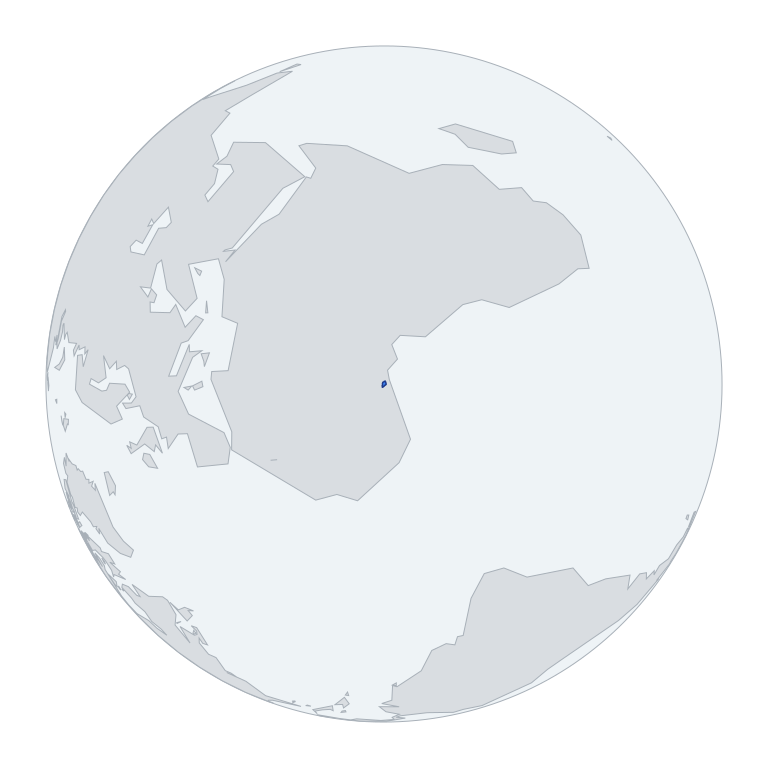 the Earth from above Zou, rotated 260°
{"feature_id": "BEN-2178", "entity_name": "Zou", "entity_type": "Department", "adm_level": 1, "iso_a3": "BEN", "parent_name": "Benin", "parent_adm1": "", "projection": "orthographic", "projection_center": [2.113, 7.272], "detail": "fine", "context": "on_globe", "style": "filled", "palette": "blue", "viewbox_px": 768, "rotation_deg": 260, "n_neighbors": 0, "source": "natural_earth", "source_scale": "10m", "svg_char_len": 8975}
<svg xmlns="http://www.w3.org/2000/svg" viewBox="0 0 768 768"><g transform="rotate(260 384 384)"><circle cx="384" cy="384" r="338" fill="#eef3f6" stroke="#a8b0b8"/><path d="M266.7,67.1L259.1,70.2L262.4,69.3L254.9,72.4L264.0,69.2L270.2,66.7L276.3,64.7L278.8,64.2L269.7,67.7L267.1,68.4L265.8,69.3L260.1,71.4L264.4,70.2L253.0,75.1L267.9,69.9L261.9,73.6L253.4,77.1L249.7,77.1L220.7,88.8L210.9,94.2L200.9,100.8L191.8,111.3L183.0,117.9L174.3,126.5L181.3,122.0L190.5,114.0L201.3,109.0L211.3,100.9L217.2,98.1L229.3,90.5L232.3,91.6L228.8,97.1L218.8,103.8L217.0,106.9L230.4,101.1L215.8,115.4L212.9,129.0L208.5,133.3L192.9,139.1L182.9,136.4L162.6,148.0L180.6,141.0L169.5,153.7L169.8,156.4L173.2,156.6L179.4,152.2L176.6,157.2L157.7,164.9L160.0,160.5L165.9,157.8L161.1,157.1L148.3,164.3L143.7,171.1L129.3,177.9L125.8,183.2L120.7,188.3L127.2,179.0L115.2,196.4L97.6,213.3L80.9,246.3L91.9,219.4L92.6,215.3L92.0,214.5L89.0,219.7L90.7,216.2L104.5,194.0L120.0,173.0L137.2,153.2L155.7,134.8L175.7,117.9L196.9,102.6L219.2,89.0L242.5,77.1L266.7,67.1ZM67.6,265.3L68.8,262.2L69.7,261.5L59.0,291.5L59.0,298.9L53.2,322.4L51.9,335.8L54.3,334.1L56.1,341.8L60.9,329.0L67.0,323.4L63.5,342.9L69.7,326.3L71.2,336.8L85.6,340.1L83.6,344.2L95.1,370.9L113.3,384.8L117.5,400.1L114.8,408.5L122.4,412.5L122.6,418.3L157.8,432.5L179.9,449.8L182.0,470.1L169.0,491.3L170.0,538.2L150.0,550.1L153.6,568.5L153.1,593.1L139.8,588.5L152.6,602.9L152.6,609.7L146.5,608.5L153.2,617.7L149.1,616.7L157.4,623.8L162.5,633.8L174.7,644.3L181.5,652.2L189.7,658.2L187.9,657.5L189.1,658.9L193.2,661.9L182.4,654.9L166.0,641.7L159.9,635.9L157.3,634.0L143.1,618.2L144.6,620.9L123.0,594.9L110.4,573.9L81.1,509.6L74.6,495.6L64.1,477.3L50.3,424.7L49.8,405.6L48.6,395.4L52.8,369.5L54.4,342.6L53.7,338.1L51.3,347.0L51.4,327.8L55.1,307.2L56.4,301.1L67.6,265.3ZM75.7,257.4L76.1,277.3L71.1,277.2L72.9,274.6L73.8,267.0L73.9,259.2L70.9,261.0L75.7,257.4ZM86.4,240.7L86.0,238.8L87.1,239.3L86.4,240.7ZM226.8,90.6L228.0,90.6L225.1,92.0L226.8,90.6ZM230.9,87.6L226.7,89.3L228.1,88.1L230.6,87.1L230.9,87.6ZM235.8,86.0L231.0,86.0L233.4,84.1L245.2,79.0L235.8,86.0ZM271.1,66.1L264.6,68.8L267.7,67.1L271.1,66.1ZM295.3,57.9L292.2,58.8L284.2,61.2L292.2,58.9L271.6,65.7L271.9,65.2L295.3,57.9ZM278.9,63.8L278.1,63.7L287.5,60.6L290.8,60.2L286.7,61.3L278.9,63.8ZM285.9,61.8L292.2,60.2L290.1,61.5L280.4,63.7L285.9,61.8ZM288.5,60.0L293.1,58.7L291.6,59.2L288.5,60.0ZM286.3,66.3L285.1,65.6L289.8,63.8L286.3,66.3ZM294.8,59.6L295.5,59.2L297.2,58.6L300.9,58.0L294.8,59.6ZM310.1,54.3L313.9,53.5L305.0,55.6L310.8,54.3L312.3,54.1L303.3,56.2L303.9,55.7L304.9,55.5L308.6,54.6L310.1,54.3ZM309.8,55.7L300.0,59.1L301.2,60.4L297.0,61.9L295.9,59.6L309.8,55.7ZM306.8,55.7L307.7,56.0L302.0,57.3L297.9,58.1L306.8,55.7ZM318.6,52.5L320.3,52.2L317.0,52.8L318.6,52.5ZM311.3,55.7L313.6,55.0L312.0,55.6L311.3,55.7ZM318.8,52.8L316.8,53.0L319.3,52.5L318.8,52.8ZM319.9,53.6L316.8,54.5L313.8,54.8L319.9,53.6ZM320.3,53.0L324.2,52.2L314.7,54.4L319.0,53.1L320.3,53.0ZM321.5,52.3L322.3,52.0L322.0,52.3L321.5,52.3ZM332.8,52.2L321.5,54.9L315.1,55.4L326.9,52.6L332.8,52.2ZM204.4,668.8L185.3,657.0L194.2,662.7L190.4,659.0L204.0,667.2L204.4,668.8ZM197.5,659.5L199.0,658.0L202.3,659.9L202.0,661.4L197.5,659.5ZM708.5,289.8L704.8,277.7L695.6,254.8L697.2,264.7L702.1,300.6L708.8,332.7L707.9,348.2L691.9,304.8L680.7,275.2L677.5,279.3L658.9,256.9L634.2,260.4L628.4,253.2L624.3,257.8L610.8,251.9L601.2,240.4L594.1,242.3L619.3,272.8L626.7,271.1L629.7,257.4L635.6,268.9L648.2,277.9L642.3,309.2L601.9,342.0L594.3,318.4L544.3,258.2L543.7,251.0L543.4,250.2L542.5,248.9L541.8,260.6L531.9,249.2L562.6,291.0L569.4,310.1L601.4,343.5L599.3,347.6L608.5,354.3L633.4,341.6L634.4,349.7L624.9,389.2L587.1,445.3L590.0,479.6L583.8,509.4L555.7,531.3L553.5,553.6L538.3,562.7L534.3,575.4L519.5,589.7L496.5,603.7L462.3,606.1L463.8,594.9L452.2,573.7L437.6,520.6L450.0,494.9L448.5,475.4L423.3,433.0L429.1,408.4L421.5,398.5L406.2,401.6L397.0,389.9L387.4,390.0L325.0,400.5L303.9,385.2L273.6,337.7L283.4,318.4L281.5,296.6L345.6,222.5L363.4,225.8L418.6,214.4L426.2,216.5L424.2,232.8L469.2,250.4L478.4,236.1L514.8,244.8L536.1,242.7L535.8,212.3L500.8,214.8L490.4,201.1L514.8,186.7L544.7,186.5L541.6,181.2L519.0,170.8L522.0,161.0L510.7,166.6L518.1,171.5L511.2,175.6L504.0,171.6L505.4,167.9L495.3,166.3L491.4,185.6L498.5,192.7L474.4,198.0L483.9,210.6L478.7,217.3L460.7,198.6L459.5,191.4L429.1,173.3L428.1,181.0L456.8,199.1L449.5,198.0L448.4,210.4L443.5,200.2L412.5,180.0L388.3,186.3L363.9,218.0L348.3,221.6L332.4,216.5L334.7,185.9L369.2,181.8L370.5,172.5L357.9,160.3L369.5,160.6L368.6,155.6L381.1,154.2L393.2,141.6L405.0,139.7L404.6,125.6L410.6,123.2L409.1,131.9L414.5,137.6L443.3,135.1L447.3,131.8L444.7,123.3L452.9,124.4L446.7,116.5L460.7,112.7L438.4,111.4L434.7,103.0L440.2,96.5L435.0,93.9L426.0,104.9L426.0,109.7L432.4,113.9L428.8,128.9L420.1,132.1L408.6,116.8L394.9,120.2L392.0,108.2L418.2,83.5L431.9,79.1L465.4,87.2L465.3,91.8L453.2,90.8L469.2,98.6L465.6,94.6L472.5,96.0L470.7,89.7L475.4,90.5L465.5,83.7L471.2,84.0L477.4,88.3L479.5,80.9L489.9,81.0L488.0,79.1L483.2,77.0L499.5,79.4L497.5,78.0L491.3,76.5L483.2,73.0L475.3,68.1L481.4,69.1L485.1,71.0L502.0,77.3L510.8,83.1L512.5,83.2L506.3,78.5L485.7,70.7L479.2,67.5L489.1,70.5L485.0,69.1L483.6,68.0L488.0,68.1L477.2,64.8L454.4,54.6L460.6,55.1L472.0,58.0L467.1,56.5L491.2,63.5L514.7,72.4L537.5,82.9L559.4,95.2L580.3,109.0L600.2,124.3L618.9,141.0L636.3,159.1L652.2,178.5L666.8,199.0L679.7,220.4L691.0,242.8L700.7,266.0L708.5,289.8ZM328.6,259.1L328.0,265.6L328.6,259.1ZM580.1,202.6L595.6,202.4L582.0,185.1L586.8,183.9L580.4,178.9L581.0,183.9L564.4,170.4L568.7,164.9L563.4,157.9L558.0,157.7L552.8,170.3L576.5,189.1L575.8,196.7L580.1,202.6ZM86.1,340.0L87.5,344.2L84.8,343.7L86.1,340.0ZM68.0,284.7L69.2,285.9L69.1,289.3L67.7,289.6L68.0,284.7ZM84.4,291.9L87.0,294.6L83.3,295.1L84.4,291.9ZM76.7,280.0L82.3,290.6L75.1,294.2L72.0,287.9L75.6,287.6L76.7,280.0ZM80.9,251.0L81.1,252.8L79.4,256.1L80.9,251.0ZM87.3,241.2L86.8,241.3L87.7,238.3L87.3,241.2ZM170.7,153.2L172.1,152.7L174.5,153.9L171.2,155.6L170.7,153.2ZM198.7,148.8L193.6,157.0L194.9,151.8L189.2,155.0L184.8,149.0L206.2,135.3L197.3,142.2L198.7,148.8ZM185.0,138.4L185.3,142.9L184.1,138.6L185.0,138.4ZM351.5,133.1L357.5,135.5L355.3,141.1L340.3,146.4L343.3,137.9L351.5,133.1ZM366.5,137.9L359.3,122.9L368.3,120.0L364.5,123.9L371.2,123.5L366.8,130.0L382.5,143.1L381.6,149.2L354.3,153.8L363.7,148.5L357.3,146.0L366.5,137.9ZM324.9,98.6L321.9,94.5L345.4,93.1L345.5,97.2L330.5,101.9L321.6,99.9L324.9,98.6ZM257.5,78.0L254.9,78.4L257.4,77.1L261.7,75.9L257.5,78.0ZM285.3,66.1L271.8,76.1L268.1,76.7L264.7,83.1L253.5,87.6L256.1,83.0L244.9,91.8L242.8,89.6L236.3,95.7L243.2,85.1L240.8,84.2L247.8,83.4L258.1,79.1L261.9,77.1L270.7,70.9L270.7,68.0L281.0,64.3L288.2,62.4L289.8,62.5L282.6,64.7L289.9,63.4L280.7,66.7L285.3,66.1ZM367.3,56.5L358.3,56.7L371.3,58.9L362.3,60.5L364.3,60.7L359.5,63.0L357.2,66.4L352.5,66.9L353.7,68.1L350.5,70.1L350.5,72.1L341.9,74.0L341.3,76.8L337.6,76.2L338.7,80.7L334.1,78.3L329.5,81.3L336.4,82.0L290.2,92.3L274.5,100.1L263.9,108.4L257.3,104.5L263.0,94.9L275.3,84.3L291.4,78.0L285.5,78.0L291.5,75.2L293.6,76.4L293.9,73.0L299.3,71.2L310.3,64.7L307.2,62.1L311.2,60.1L315.1,60.3L316.3,58.3L326.4,57.5L329.5,56.3L342.5,54.8L348.4,56.6L351.3,55.2L361.4,54.6L367.3,56.5ZM336.5,51.8L345.6,52.4L345.0,54.0L322.5,56.1L318.4,57.3L303.9,59.8L305.0,57.8L309.0,57.2L313.2,56.2L311.2,57.2L315.9,55.7L321.6,55.0L326.8,53.8L328.3,54.2L336.5,51.8ZM432.3,210.1L437.6,210.5L445.5,209.2L445.0,217.5L432.3,210.1ZM410.9,196.4L415.4,195.1L418.4,205.1L412.8,205.2L410.9,196.4ZM415.3,186.4L415.4,194.3L412.0,190.1L415.3,186.4ZM413.0,130.6L417.6,129.2L419.0,131.1L417.7,134.4L413.0,130.6ZM404.0,67.1L398.9,66.0L399.6,65.3L392.8,61.9L399.0,61.0L405.5,62.7L404.0,67.1ZM531.3,217.8L526.8,224.0L522.8,221.5L525.2,219.8L531.3,217.8ZM485.0,220.7L496.8,223.7L484.7,222.9L485.0,220.7ZM409.6,65.5L406.1,64.1L411.3,64.6L409.6,65.5ZM403.2,60.3L408.9,60.5L399.0,60.5L403.2,60.3ZM589.3,646.7L586.8,650.0L584.3,650.9L589.3,646.7ZM627.7,499.5L600.6,552.8L588.7,554.4L590.1,539.7L602.5,508.0L617.6,497.4L626.0,482.4L627.7,499.5ZM709.7,335.5L714.2,353.9L713.0,357.8L709.7,335.5ZM457.5,62.6L460.1,67.7L466.1,72.3L475.9,75.6L463.2,73.8L453.9,66.6L457.5,62.6ZM454.1,55.1L445.5,53.2L448.4,53.4L450.7,53.8L454.1,55.1ZM449.6,54.4L440.7,53.7L435.3,52.3L443.4,53.1L449.6,54.4ZM425.5,57.7L425.8,59.1L421.5,58.4L425.5,57.7Z" fill="#d9dde1" stroke="#a8b0b8" stroke-width="1"/><path d="M381.1,382.4L381.1,381.9L382.4,381.9L382.7,381.9L383.0,382.1L383.2,382.3L383.5,382.4L383.7,382.5L384.0,382.5L384.4,382.5L384.8,382.6L385.8,383.1L385.9,383.5L386.0,383.6L386.0,383.8L386.1,384.1L386.2,384.3L386.4,384.5L386.5,384.6L386.6,385.3L386.6,385.6L386.4,385.6L386.0,385.6L385.9,385.7L385.7,385.8L385.6,386.0L383.8,386.1L383.7,386.1L383.3,386.0L383.3,385.9L383.2,385.7L382.9,385.3L382.8,385.2L382.7,385.2L382.6,384.8L382.5,384.5L382.4,384.4L382.3,384.2L382.1,383.9L381.9,383.8L381.9,383.6L381.8,383.4L381.5,382.7L381.4,382.6L381.1,382.4Z" fill="#3b82f6" stroke="#1e3a8a" stroke-width="1.5"/></g></svg>